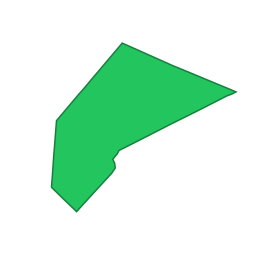 the district of Messias, Alagoas, Brazil, rotated 220°
{"feature_id": "56859067B80605076797224", "entity_name": "Messias", "entity_type": "district", "adm_level": 2, "iso_a3": "BRA", "parent_name": "Brazil", "parent_adm1": "Alagoas", "projection": "natural_earth1", "projection_center": [-35.824, -9.341], "detail": "fine", "context": "isolated", "style": "filled", "palette": "green", "viewbox_px": 256, "rotation_deg": 220, "n_neighbors": 0, "source": "geoboundaries", "source_scale": "gbopen_adm2", "svg_char_len": 477}
<svg xmlns="http://www.w3.org/2000/svg" viewBox="0 0 256 256"><g transform="rotate(220 128 128)"><path d="M113.6,30.9L113.3,39.7L112.5,58.2L111.4,83.3L112.1,89.2L115.5,92.4L119.6,94.3L119.6,100.9L120.4,105.1L110.8,127.5L98.8,155.9L84.7,188.3L73.1,215.7L70.1,221.1L68.5,225.1L109.3,212.3L134.6,204.3L187.0,189.3L187.2,140.1L187.2,127.9L187.4,122.5L187.5,87.7L166.1,57.7L157.8,46.3L148.5,33.4L131.8,32.1L113.6,30.9Z" fill="#22c55e" stroke="#15803d" stroke-width="1.5"/></g></svg>